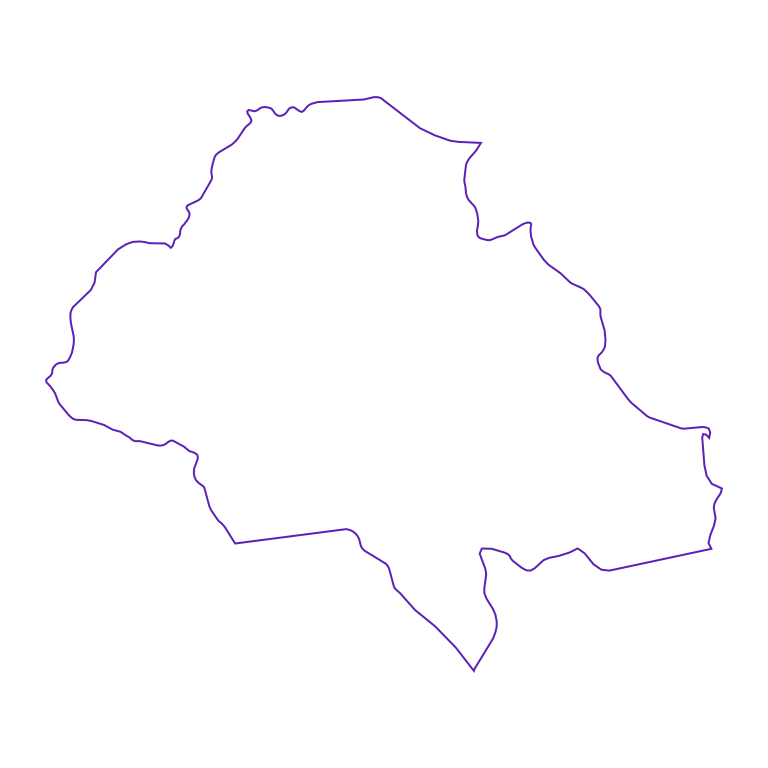 Ngounié, orthographic projection
{"feature_id": "GAB-2622", "entity_name": "Ngounié", "entity_type": "Province", "adm_level": 1, "iso_a3": "GAB", "parent_name": "Gabon", "parent_adm1": "", "projection": "orthographic", "projection_center": [11.097, -1.69], "detail": "fine", "context": "isolated", "style": "outline", "palette": "violet", "viewbox_px": 768, "rotation_deg": 0, "n_neighbors": 0, "source": "natural_earth", "source_scale": "10m", "svg_char_len": 3865}
<svg xmlns="http://www.w3.org/2000/svg" viewBox="0 0 768 768"><path d="M709.2,437.9L706.1,434.7L703.2,434.0L702.2,437.5L704.4,465.2L706.6,475.7L711.9,483.9L721.9,488.5L720.8,492.9L716.1,500.2L714.3,504.1L713.8,507.9L715.6,518.5L713.9,525.9L710.4,534.8L708.5,543.1L711.4,548.8L609.4,570.6L601.4,569.7L593.5,564.3L584.8,553.5L580.2,550.1L577.5,548.5L569.5,552.5L558.6,556.0L549.3,557.8L543.6,560.1L534.9,568.1L530.6,570.6L526.4,570.3L521.7,567.8L513.0,561.0L511.0,558.7L510.0,556.5L508.4,554.5L504.9,552.7L491.9,548.8L482.4,548.5L481.8,548.6L479.7,553.7L485.3,568.7L486.2,574.3L484.3,588.6L484.4,593.1L486.4,598.5L492.9,608.9L495.4,614.7L496.7,621.3L496.7,626.6L495.5,632.0L493.1,638.5L474.4,669.1L473.9,670.9L455.8,647.6L435.2,626.4L415.0,610.0L400.1,593.2L395.2,588.8L393.9,586.5L389.1,568.6L387.9,566.1L385.8,563.7L364.5,550.7L362.4,548.6L361.0,546.3L360.3,543.8L359.7,541.1L358.9,538.6L357.6,536.1L355.7,533.7L353.1,531.6L350.2,530.1L346.4,529.1L235.1,543.5L224.8,527.0L221.0,522.7L219.8,522.0L218.8,521.1L217.8,520.0L210.9,509.8L209.3,506.1L204.5,488.4L204.0,487.1L203.0,486.1L198.4,482.7L196.1,480.3L194.7,477.4L193.9,473.8L193.9,470.9L194.3,468.1L197.5,459.7L197.9,457.1L197.1,454.6L194.4,452.8L189.2,451.0L183.9,446.6L173.0,440.7L170.6,440.6L168.2,442.0L165.9,443.8L163.4,445.1L160.8,445.6L158.0,445.5L139.8,441.1L134.7,441.1L132.1,439.8L129.2,437.2L126.5,435.8L120.6,431.8L112.5,429.6L104.3,425.1L91.4,421.0L86.2,420.1L77.6,419.9L75.4,419.7L73.0,418.7L70.6,416.9L68.3,414.6L59.7,404.2L58.2,401.6L55.2,393.6L53.7,391.0L50.1,386.1L46.4,382.2L46.1,380.0L48.5,377.5L50.7,375.7L52.1,373.4L52.3,370.9L52.9,368.2L55.4,365.0L57.9,363.4L60.5,362.8L63.0,362.7L65.3,362.3L67.7,361.2L69.8,357.8L72.0,352.5L73.6,344.5L73.9,339.9L73.7,336.3L70.9,323.0L70.4,318.0L70.5,313.0L71.4,310.2L72.9,307.3L90.9,289.9L94.6,282.5L96.0,272.2L118.0,249.4L125.8,244.5L129.2,243.1L133.1,241.9L139.5,241.5L143.7,241.9L149.8,243.2L164.9,243.5L167.9,245.1L170.8,247.8L172.7,245.8L173.6,243.4L174.2,241.1L175.3,239.0L178.0,237.9L179.5,235.9L180.1,233.6L180.2,231.1L180.8,228.8L182.1,226.4L184.3,224.2L187.8,219.4L189.1,216.8L189.6,214.3L189.0,211.9L187.6,210.0L186.6,208.1L186.6,206.8L187.0,206.0L188.3,205.0L197.7,200.6L199.8,199.2L201.1,197.9L211.4,180.1L212.1,177.5L211.4,172.6L211.4,170.1L212.4,165.0L214.7,156.9L216.2,154.6L218.8,152.4L231.8,144.6L234.7,142.0L237.2,139.4L244.6,128.3L246.7,126.0L248.9,124.3L250.7,122.6L251.4,120.5L250.6,118.1L247.5,113.2L247.3,111.2L248.7,110.0L254.8,111.3L257.7,110.1L259.6,108.5L262.1,107.3L265.0,107.0L268.7,107.6L271.4,108.6L273.6,111.2L275.0,113.5L277.3,115.4L280.1,116.0L283.4,115.0L285.9,113.2L289.0,108.7L291.4,107.4L294.0,107.3L299.5,111.1L301.8,111.9L303.9,110.6L307.4,106.3L309.7,104.6L312.4,103.5L317.6,102.1L363.7,99.5L374.1,97.1L377.1,97.1L380.6,97.9L420.1,128.3L435.0,135.4L450.2,140.7L458.6,141.9L480.9,142.9L476.1,150.6L469.2,158.5L467.2,161.9L466.0,164.9L464.3,179.7L464.4,182.2L465.4,186.6L466.0,192.9L466.6,195.7L467.6,198.2L469.1,200.6L474.1,205.9L474.7,206.8L475.5,208.2L477.1,213.2L477.7,216.6L478.3,221.7L477.8,226.0L476.9,230.9L477.5,235.4L479.3,237.7L481.8,238.7L486.9,240.0L489.6,240.2L492.2,239.4L497.3,237.1L504.9,235.3L522.7,224.2L525.3,223.2L527.8,222.5L530.3,222.9L531.1,223.7L531.1,224.9L530.7,227.2L530.5,231.4L531.2,236.9L533.5,244.7L535.0,247.4L544.1,260.1L548.2,264.5L560.7,273.4L570.0,282.3L572.2,283.7L582.0,288.1L584.2,289.5L589.5,294.7L598.7,306.0L600.2,308.7L600.4,310.3L600.4,315.2L601.0,318.1L604.6,330.3L605.5,339.8L605.0,346.0L604.3,348.2L604.1,348.7L602.8,350.9L601.3,352.9L599.4,354.6L598.6,355.6L598.0,356.7L597.5,358.1L597.6,360.5L598.3,363.6L600.7,369.4L603.3,371.6L606.0,373.1L608.5,374.1L610.8,375.8L628.0,399.1L631.3,402.8L647.2,416.2L649.8,417.6L681.5,428.5L684.0,428.7L702.1,427.0L704.7,427.2L707.0,427.8L708.8,428.6L710.2,432.5L709.2,437.9Z" fill="none" stroke="#5b21b6" stroke-width="2"/></svg>